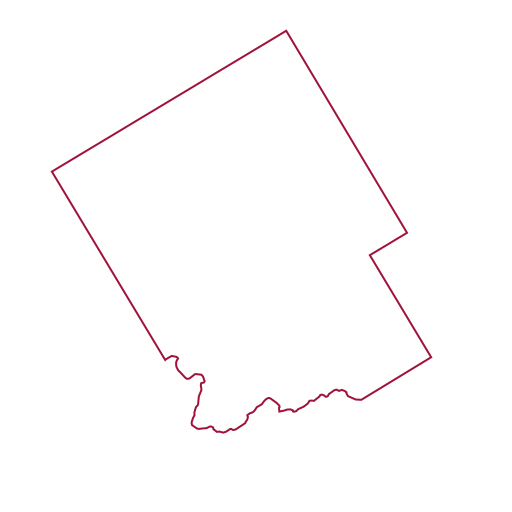 Dickinson, Michigan, United States of America (Robinson projection), rotated 329°
{"feature_id": "52423323B53392276693289", "entity_name": "Dickinson", "entity_type": "district", "adm_level": 2, "iso_a3": "USA", "parent_name": "United States of America", "parent_adm1": "Michigan", "projection": "robinson", "projection_center": [-88.007, 45.984], "detail": "fine", "context": "isolated", "style": "outline", "palette": "rose", "viewbox_px": 512, "rotation_deg": 329, "n_neighbors": 0, "source": "geoboundaries", "source_scale": "gbopen_adm2", "svg_char_len": 1592}
<svg xmlns="http://www.w3.org/2000/svg" viewBox="0 0 512 512"><g transform="rotate(329 256 256)"><path d="M397.5,254.9L397.9,78.5L124.5,78.5L124.6,298.4L125.5,298.1L131.3,298.2L132.3,298.3L135.8,301.4L136.4,302.9L136.4,303.7L134.3,304.8L132.8,306.0L131.3,308.5L130.7,310.2L130.5,312.6L130.6,315.1L130.9,315.4L132.8,324.3L133.7,325.9L136.1,326.7L142.6,325.9L143.8,326.3L148.1,329.7L148.5,332.1L147.4,337.0L146.1,337.6L143.9,336.8L143.3,336.9L142.0,338.6L140.7,341.9L139.9,343.0L134.7,346.9L130.2,353.0L128.9,354.1L127.4,354.3L126.0,355.2L122.5,358.5L121.3,360.8L118.6,362.4L115.4,365.2L114.7,366.2L114.1,368.0L116.4,373.2L117.7,374.6L125.1,378.1L128.6,378.4L129.7,379.0L130.9,380.8L130.8,381.6L130.3,382.5L132.0,386.7L134.0,387.5L137.1,390.6L140.0,391.2L144.9,391.0L145.6,391.5L146.7,393.3L149.1,394.2L156.6,393.9L160.8,393.7L161.9,392.7L164.0,391.9L166.1,390.0L166.5,388.1L166.7,387.9L170.1,387.7L171.4,388.1L173.6,388.2L175.6,387.6L178.8,386.0L184.6,386.1L187.6,384.8L190.7,383.9L193.1,384.0L194.0,384.3L195.0,385.5L198.0,392.4L198.9,396.4L198.4,397.7L197.5,398.0L195.9,401.4L201.1,403.2L203.5,403.6L206.5,405.2L208.1,407.4L207.7,408.3L208.4,409.1L210.7,409.7L213.3,409.0L219.0,409.7L224.2,409.2L227.2,407.7L228.6,408.2L231.1,410.0L238.2,409.1L238.9,408.4L239.9,408.4L240.6,408.5L241.6,409.3L242.4,410.3L243.1,412.3L244.0,413.0L245.3,413.1L247.5,411.9L252.8,411.5L254.2,411.4L256.3,412.1L257.7,414.4L260.6,415.0L262.7,417.6L263.3,419.4L262.9,419.7L262.6,423.4L267.5,430.3L272.2,433.5L354.0,433.0L354.0,313.9L397.4,313.9L397.5,254.9Z" fill="none" stroke="#9f1239" stroke-width="2"/></g></svg>